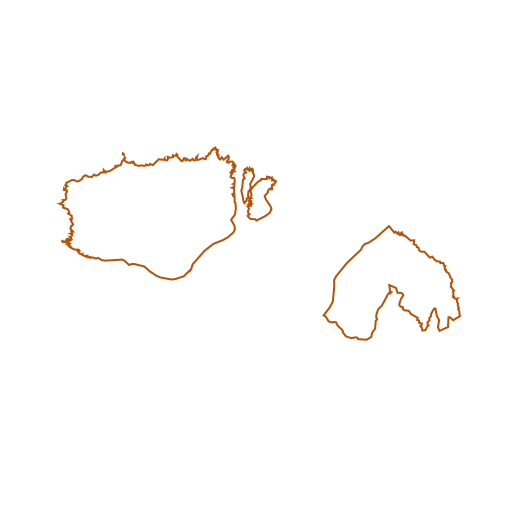 outline of Klungkung, Bali, Indonesia, rotated 139°
{"feature_id": "22746128B73073409478343", "entity_name": "Klungkung", "entity_type": "district", "adm_level": 2, "iso_a3": "IDN", "parent_name": "Indonesia", "parent_adm1": "Bali", "projection": "mercator", "projection_center": [115.486, -8.64], "detail": "fine", "context": "isolated", "style": "outline", "palette": "amber", "viewbox_px": 512, "rotation_deg": 139, "n_neighbors": 0, "source": "geoboundaries", "source_scale": "gbopen_adm2", "svg_char_len": 6123}
<svg xmlns="http://www.w3.org/2000/svg" viewBox="0 0 512 512"><g transform="rotate(139 256 256)"><path d="M315.9,288.6L315.9,288.0L313.6,288.6L309.3,291.3L291.2,293.7L280.2,293.1L270.2,289.6L264.6,288.6L257.5,288.6L254.1,290.2L252.3,293.4L251.1,299.6L244.9,301.0L239.9,305.2L236.8,309.4L237.0,310.3L232.4,315.9L233.8,316.3L233.3,318.2L231.1,317.8L228.2,321.6L229.2,323.2L227.1,322.5L225.3,324.3L225.9,325.3L224.4,325.0L221.9,327.7L221.4,329.5L222.9,330.5L223.3,332.4L220.4,334.0L219.1,333.5L220.6,335.0L220.4,335.8L217.1,334.1L218.1,336.4L217.3,336.7L215.7,335.4L214.4,336.4L214.8,337.3L213.5,337.1L214.0,338.9L212.2,338.0L212.0,339.6L213.2,340.3L211.8,340.9L211.9,342.9L214.4,344.7L215.5,344.3L216.3,345.9L214.9,347.1L213.4,346.8L212.3,348.5L211.5,348.4L211.3,350.1L217.2,349.9L217.0,353.0L219.6,352.3L220.0,353.3L219.3,355.6L217.3,357.4L219.2,356.6L218.7,357.9L219.6,358.4L218.1,358.2L217.8,360.0L216.5,359.7L216.6,360.5L215.4,361.1L216.2,361.7L215.9,363.2L216.6,363.2L215.7,364.5L218.1,365.0L219.3,364.3L220.2,365.0L223.5,363.3L224.2,364.3L226.5,363.2L228.3,363.9L229.2,362.6L230.5,362.2L231.4,363.0L231.5,364.5L237.1,366.7L237.0,368.5L235.0,369.8L236.7,369.7L238.6,368.0L239.5,368.2L240.4,369.4L240.0,370.9L243.3,371.2L244.3,373.5L245.8,374.2L245.1,374.8L246.1,374.9L245.3,375.8L246.0,377.1L249.3,375.9L249.9,376.5L250.2,383.4L249.0,383.8L249.1,385.1L250.6,384.5L252.3,385.4L252.6,386.4L253.8,385.1L256.4,386.5L257.5,388.7L259.2,386.7L260.7,386.6L261.8,388.8L261.2,389.5L262.6,389.1L265.9,392.8L274.3,392.3L275.7,395.1L276.3,394.5L277.5,394.9L278.8,396.9L279.1,396.3L281.5,397.5L282.6,399.4L284.8,400.4L287.6,404.1L286.8,406.4L287.7,406.7L286.9,407.9L288.5,408.8L289.6,408.5L291.5,410.5L292.6,413.6L292.0,415.4L294.3,415.6L298.6,413.3L300.9,414.9L301.8,414.4L302.8,415.0L302.6,417.0L303.9,415.0L310.8,416.1L313.7,417.9L314.5,417.6L314.5,420.7L315.9,418.9L318.6,420.9L321.6,420.6L324.2,421.7L324.8,423.7L328.0,423.3L330.6,426.0L331.6,428.8L334.3,429.3L337.1,428.3L340.7,428.8L342.1,429.6L343.4,432.6L345.3,434.2L351.3,435.6L352.4,434.4L353.3,434.5L352.6,432.6L354.1,433.0L356.2,430.9L357.1,431.1L355.5,428.9L356.1,429.2L356.2,428.6L359.3,427.5L361.4,423.8L363.4,423.5L364.9,424.8L365.0,423.9L366.4,423.5L367.5,423.9L368.5,423.4L369.8,424.1L368.0,420.6L369.8,419.1L367.3,414.6L368.4,411.2L370.0,411.3L368.7,407.3L370.3,405.1L371.9,405.6L371.5,404.3L372.6,403.9L373.2,399.9L374.3,399.3L375.5,400.1L378.1,398.4L378.1,394.5L379.4,395.6L380.1,393.7L381.4,394.5L380.7,392.7L383.3,391.3L384.0,392.3L384.3,389.3L386.6,389.7L390.8,388.9L388.6,387.3L390.7,387.0L390.9,386.2L389.7,384.9L390.5,384.5L388.9,380.2L385.6,377.0L385.8,375.7L387.4,376.5L387.7,373.9L386.5,371.5L385.5,371.4L386.2,370.4L385.2,368.0L384.0,367.5L384.4,366.6L383.0,366.5L383.5,364.9L381.7,364.0L382.1,363.3L380.0,361.8L378.5,359.0L376.6,358.5L375.1,354.1L372.9,351.5L359.4,341.1L358.4,338.9L357.6,332.4L354.8,331.4L352.9,329.5L347.2,321.4L346.2,314.0L344.2,306.7L342.1,302.4L335.3,293.8L332.1,291.6L323.9,288.1L315.9,288.6ZM123.6,135.9L123.3,139.8L125.9,140.8L126.1,148.7L128.3,150.6L129.2,152.8L127.8,155.8L128.8,157.2L128.0,159.2L129.2,161.5L126.3,164.0L129.2,166.2L130.2,173.5L131.1,174.2L130.9,175.5L132.0,176.3L131.0,176.4L130.5,178.2L133.5,178.0L133.0,180.3L134.5,179.7L134.7,182.8L136.3,182.8L136.0,191.3L154.6,191.1L162.0,192.1L166.4,193.7L170.0,193.2L172.4,191.9L191.7,191.1L208.2,188.3L212.9,186.6L216.3,182.3L227.8,171.3L233.8,168.9L243.9,166.8L243.1,164.4L244.1,159.0L241.7,155.4L240.3,155.1L239.1,153.4L240.1,149.6L239.4,144.4L239.7,142.2L240.5,141.7L240.9,136.5L238.0,131.5L234.4,129.4L233.1,127.9L233.5,126.2L227.2,120.1L222.0,119.3L218.9,121.8L213.8,123.1L208.0,128.6L206.1,128.7L205.4,131.1L202.9,133.3L198.9,135.6L193.5,136.0L181.4,140.6L179.7,140.7L179.4,139.7L177.5,139.9L178.2,141.0L174.5,146.6L171.3,140.1L173.3,135.4L170.6,132.8L170.2,131.0L170.6,129.7L175.4,128.2L179.7,125.5L180.2,124.2L179.8,122.3L178.7,121.1L180.1,119.6L179.3,117.2L176.7,114.5L177.1,110.4L174.5,103.1L176.3,102.1L175.3,100.1L176.8,98.5L175.1,96.2L176.6,95.1L177.9,95.3L177.9,92.7L179.4,90.7L176.9,88.9L173.1,90.5L171.2,90.5L171.3,92.0L169.9,93.5L167.5,93.5L166.1,95.3L163.6,95.7L161.7,97.5L155.9,99.5L155.1,98.4L158.8,92.3L159.9,87.4L165.4,83.0L166.6,79.1L157.7,76.4L150.9,83.5L149.9,82.7L149.3,78.2L141.6,76.8L138.4,81.8L138.2,83.4L136.9,83.7L136.5,86.0L134.9,87.4L134.4,89.4L132.9,91.6L131.8,91.7L133.7,93.0L134.2,95.7L133.2,95.5L133.1,96.9L130.8,99.0L130.6,100.2L129.2,100.1L129.1,105.0L128.2,105.3L126.7,107.7L125.2,107.6L123.6,109.2L123.4,112.3L121.9,116.2L122.7,119.9L121.6,120.9L122.4,121.7L121.8,123.0L119.8,124.1L120.5,124.8L119.2,127.8L121.5,129.7L120.8,131.0L123.0,133.5L123.6,135.9ZM217.5,279.6L213.7,281.1L212.4,284.1L211.4,292.5L210.0,295.7L205.6,296.1L204.3,297.4L201.9,297.8L200.8,297.5L201.0,296.3L200.0,295.7L197.6,299.1L196.6,299.2L196.2,298.0L191.9,299.2L192.4,301.6L193.3,301.4L193.1,302.8L194.0,302.8L192.5,304.9L194.9,305.7L193.7,307.6L194.9,306.9L195.7,308.6L197.5,306.9L201.6,310.8L203.1,309.9L204.2,310.6L208.0,310.6L215.1,309.8L217.6,308.5L219.3,304.9L222.0,303.7L221.8,303.1L222.6,303.6L223.1,302.7L225.1,302.4L225.3,301.9L223.6,300.6L224.0,299.9L225.1,300.9L226.3,300.4L225.3,298.4L227.3,299.2L226.3,297.8L226.8,297.3L227.3,298.3L227.5,297.8L229.8,298.9L230.0,296.4L232.4,295.3L233.8,293.3L233.4,291.7L235.7,292.0L236.1,291.4L235.9,287.7L232.3,284.0L232.5,282.5L223.1,280.1L217.5,279.6ZM230.1,303.6L227.0,303.9L225.2,305.5L223.6,304.5L222.4,306.9L219.1,309.8L218.6,309.3L214.7,311.3L213.3,314.1L205.5,317.2L204.3,318.6L203.4,322.4L202.5,323.0L202.4,322.4L201.6,323.5L201.7,324.6L204.0,324.5L203.3,326.3L205.1,325.3L204.8,328.1L206.3,327.4L206.7,328.8L208.8,328.4L208.8,325.5L211.1,326.3L212.8,324.8L213.6,321.9L215.6,322.2L221.9,316.3L224.1,315.1L229.9,304.5L230.1,303.6ZM385.3,390.5L387.5,393.0L391.5,391.3L386.1,390.9L385.3,390.5ZM391.9,392.4L391.3,392.6L392.2,393.0L391.8,395.2L392.8,393.9L391.9,392.4ZM289.1,420.7L289.9,419.9L289.4,419.0L288.9,419.9L289.1,420.7ZM290.4,416.5L291.6,416.0L291.5,415.7L290.5,415.8L290.4,416.5ZM356.9,432.5L357.3,432.1L357.0,431.5L356.9,432.5Z" fill="none" stroke="#b45309" stroke-width="2"/></g></svg>